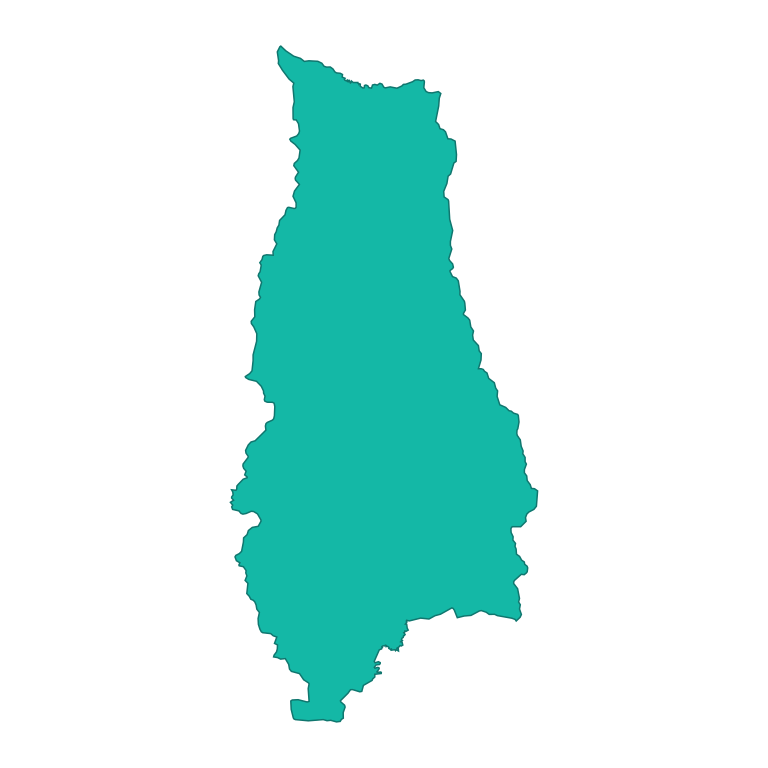 outline of Wang Nuea, Lampang, Thailand
{"feature_id": "78962969B31160624426446", "entity_name": "Wang Nuea", "entity_type": "district", "adm_level": 2, "iso_a3": "THA", "parent_name": "Thailand", "parent_adm1": "Lampang", "projection": "orthographic", "projection_center": [99.64, 19.158], "detail": "fine", "context": "isolated", "style": "filled", "palette": "teal", "viewbox_px": 768, "rotation_deg": 0, "n_neighbors": 0, "source": "geoboundaries", "source_scale": "gbopen_adm2", "svg_char_len": 6054}
<svg xmlns="http://www.w3.org/2000/svg" viewBox="0 0 768 768"><path d="M516.2,621.0L520.1,617.3L521.4,614.5L519.5,609.0L520.3,604.7L518.6,602.0L519.5,598.5L517.6,588.7L513.7,583.6L513.7,581.7L514.6,580.3L521.3,574.3L524.2,574.7L526.4,572.9L527.2,571.8L527.7,567.9L527.1,566.2L524.7,564.3L524.3,562.0L521.6,560.1L519.6,556.4L516.5,554.2L516.1,549.0L515.0,546.4L515.5,543.4L512.9,540.1L513.1,536.7L511.1,532.5L510.9,528.5L512.2,526.7L520.7,526.7L526.1,521.3L525.5,517.6L526.8,514.1L528.9,512.0L533.9,509.4L536.4,506.3L537.6,490.9L534.5,488.7L531.4,488.4L530.2,484.6L527.2,480.6L526.7,475.9L524.4,472.8L524.4,469.6L526.4,464.1L525.1,461.7L525.1,457.4L522.8,453.8L523.1,451.0L521.2,446.3L520.3,439.9L517.3,435.5L516.8,433.5L517.0,430.1L517.8,428.7L519.0,422.0L518.3,415.4L517.6,414.4L513.5,413.1L511.3,411.2L509.0,410.7L505.7,407.4L499.8,404.8L497.1,396.4L497.6,390.9L495.7,388.1L494.3,382.7L488.7,378.4L487.0,373.0L484.5,371.3L483.3,369.5L481.5,368.8L478.4,368.7L481.0,360.0L481.3,353.6L479.2,350.9L478.4,345.6L473.3,340.0L472.6,335.1L473.5,331.0L470.8,326.9L469.7,320.2L468.0,318.0L463.5,314.6L463.5,313.3L465.4,310.0L464.8,303.2L464.4,301.3L459.9,294.7L460.0,291.3L458.3,280.9L456.3,278.1L452.5,276.6L450.0,271.5L450.0,270.6L452.7,268.5L453.4,267.2L452.6,263.9L449.6,260.5L448.8,258.5L451.8,249.0L450.4,245.4L450.4,241.5L452.7,230.5L449.7,219.3L448.6,201.0L448.1,199.7L444.1,196.9L443.7,191.4L446.9,183.5L448.1,176.2L450.6,174.0L453.9,163.0L456.1,161.4L456.5,154.7L455.1,141.1L451.0,139.0L447.9,138.8L445.5,131.8L443.4,129.7L440.0,128.7L438.6,124.5L435.6,121.5L438.7,106.0L439.3,98.2L440.8,93.5L438.3,91.6L432.1,92.9L428.4,92.6L426.1,91.5L423.8,87.7L424.4,81.9L424.1,80.7L423.3,80.1L421.1,80.6L418.1,79.8L415.1,80.0L412.6,81.7L405.9,84.2L403.4,84.4L401.8,86.0L397.0,88.2L390.2,86.9L385.2,87.9L383.8,87.2L382.0,84.1L379.9,83.3L377.3,85.1L374.8,84.4L372.5,85.0L371.5,88.1L368.9,87.7L367.8,85.8L365.9,85.0L364.5,85.5L364.2,87.8L362.9,88.0L360.3,86.3L360.3,84.2L359.0,84.5L359.2,83.7L357.8,83.1L357.8,82.5L353.2,82.5L351.4,81.0L351.0,82.6L350.4,83.0L349.2,80.3L348.6,80.4L349.1,81.3L348.4,81.8L347.4,81.5L347.2,80.1L346.2,80.8L345.0,80.3L344.4,79.4L345.1,78.3L342.2,77.1L342.5,74.5L340.3,73.3L336.5,72.9L334.8,71.8L333.0,69.0L330.3,67.0L326.6,67.1L324.1,66.3L321.8,63.2L317.8,61.3L308.9,60.8L304.3,61.4L300.5,58.4L293.7,56.2L285.9,50.9L280.8,46.1L279.9,46.7L277.3,51.9L278.6,60.7L278.3,63.5L282.5,70.3L289.1,79.1L293.8,83.1L292.9,86.6L294.3,101.8L293.0,107.5L293.1,118.5L293.5,119.7L296.3,120.0L298.5,123.7L299.5,131.1L298.7,133.6L296.7,136.0L290.6,138.3L289.8,139.2L290.9,141.2L295.1,144.4L300.1,150.1L299.0,157.9L297.5,160.5L294.3,163.4L293.8,165.7L298.5,172.2L295.4,177.2L295.2,178.8L295.6,180.2L299.4,184.4L294.5,191.0L293.0,196.3L296.1,202.8L296.1,207.3L295.3,208.3L294.1,208.5L288.8,207.3L287.5,207.6L286.0,210.3L285.0,214.8L279.6,220.4L278.9,225.1L277.2,227.9L276.2,231.8L274.7,234.6L274.4,239.8L276.8,243.9L273.0,251.5L273.2,255.2L266.6,254.8L263.7,255.5L262.8,256.4L262.0,259.6L259.8,262.7L261.1,264.8L261.1,266.0L260.1,271.7L258.7,273.9L258.2,275.8L261.6,282.3L258.9,291.9L259.1,295.0L260.5,297.3L259.6,298.9L255.8,301.5L254.6,309.7L254.8,316.8L251.2,321.3L251.4,323.6L253.8,326.9L256.8,333.7L256.6,341.3L253.1,354.9L253.1,360.7L252.0,370.8L249.7,373.6L245.3,376.5L245.6,377.5L248.7,379.4L256.5,381.3L261.3,386.3L263.5,390.9L263.6,393.2L265.0,396.1L264.3,399.8L264.9,401.2L267.2,402.2L272.5,402.3L274.1,403.2L274.8,406.6L274.4,415.8L273.7,418.7L272.5,420.1L267.3,422.4L266.0,423.6L265.4,426.0L265.9,430.1L255.1,440.8L251.0,442.0L248.3,444.9L245.6,450.4L246.0,453.1L248.2,456.3L248.1,457.4L243.1,464.0L242.9,466.0L243.7,468.4L246.1,471.2L244.7,474.9L247.1,476.9L247.2,477.7L243.2,479.2L238.2,484.4L236.9,486.0L236.7,489.2L235.9,490.3L231.6,489.8L232.8,492.0L233.1,494.9L231.7,496.9L231.6,498.0L233.6,500.2L230.4,502.3L232.7,505.1L231.7,506.9L232.6,509.4L238.9,510.9L241.0,513.4L242.9,514.1L246.1,513.5L251.2,511.3L253.6,511.5L257.5,513.9L260.9,519.9L261.0,521.2L258.2,526.3L252.3,527.4L248.4,530.5L247.1,534.6L243.6,537.9L243.4,542.1L241.6,551.3L239.3,553.6L235.8,555.4L235.0,556.9L236.4,560.7L239.9,562.8L238.9,565.0L239.2,565.8L243.4,566.7L246.1,570.6L245.8,572.9L246.9,575.9L245.1,580.4L247.9,583.3L246.8,593.6L249.2,596.2L250.8,599.2L253.3,600.3L254.8,601.9L256.1,604.9L256.8,609.1L259.4,612.5L258.1,618.5L258.4,624.4L259.9,629.2L261.3,631.8L262.7,632.7L270.7,633.6L273.3,635.8L276.8,637.0L274.5,643.4L277.5,644.9L277.3,649.0L276.5,651.9L274.1,655.1L273.6,656.9L277.6,657.6L280.6,659.1L285.3,658.6L288.7,664.4L289.5,669.1L291.4,671.4L299.5,673.6L303.7,679.8L308.5,682.9L309.1,683.8L308.2,688.6L309.1,701.4L307.2,702.0L298.1,699.7L292.2,700.0L290.8,701.0L291.2,709.4L293.3,717.9L294.0,719.0L295.4,719.6L308.3,720.8L323.3,719.6L327.0,720.7L330.7,720.3L336.5,721.9L340.2,721.4L341.4,719.4L343.3,718.2L343.2,712.6L345.1,707.1L344.6,705.2L340.8,701.9L340.4,700.8L348.0,693.2L350.5,689.7L352.6,689.6L359.8,691.8L361.8,691.4L363.4,685.4L372.1,680.4L372.7,678.9L374.8,677.0L374.8,674.3L381.2,673.5L381.3,672.4L380.7,672.0L377.6,672.3L376.9,671.9L379.2,668.7L378.9,667.7L377.6,667.4L375.0,668.2L374.3,667.3L376.1,664.9L379.5,664.5L380.2,663.5L380.2,662.6L378.4,661.7L375.1,662.8L374.2,661.4L379.3,649.8L381.6,648.9L381.7,648.0L382.4,647.6L381.9,646.6L383.1,645.8L384.7,645.9L385.3,645.2L386.2,645.5L386.1,646.6L387.5,646.3L389.0,647.4L388.8,648.4L390.5,649.4L391.3,649.1L391.2,650.2L395.0,649.7L395.5,650.7L396.3,649.8L398.5,651.0L398.3,648.6L397.0,648.4L397.2,647.9L398.7,647.2L400.0,645.6L401.2,646.0L402.8,645.1L402.1,642.2L400.8,641.8L402.4,640.5L401.5,639.8L401.9,638.3L403.2,637.4L403.6,635.6L404.4,635.5L405.1,634.4L403.8,632.7L404.6,632.4L404.9,631.0L406.1,631.3L408.2,630.1L407.2,628.1L406.7,624.3L405.4,624.1L406.9,622.0L406.3,621.1L406.6,620.3L409.4,620.9L420.6,618.1L429.0,619.0L435.0,615.7L440.5,614.2L451.8,607.9L453.1,608.4L454.3,610.1L457.3,617.7L464.2,616.0L471.0,615.4L479.5,610.9L481.4,610.6L486.2,612.2L489.2,614.4L494.6,614.3L497.3,615.6L511.8,618.2L515.1,619.4L516.2,621.0Z" fill="#14b8a6" stroke="#0f766e" stroke-width="1.5"/></svg>